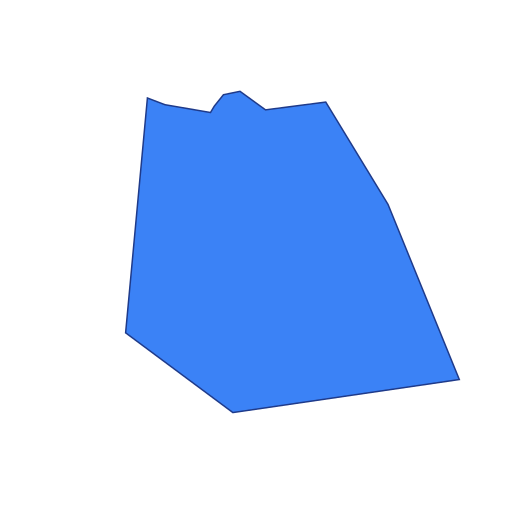 an SVG outline of Iloilo, rotated 250°
{"feature_id": "PHL-5526", "entity_name": "Iloilo", "entity_type": "Highly Urbanized City", "adm_level": 1, "iso_a3": "PHL", "parent_name": "Philippines", "parent_adm1": "", "projection": "albers", "projection_center": [122.575, 10.743], "detail": "fine", "context": "isolated", "style": "filled", "palette": "blue", "viewbox_px": 512, "rotation_deg": 250, "n_neighbors": 0, "source": "natural_earth", "source_scale": "10m", "svg_char_len": 326}
<svg xmlns="http://www.w3.org/2000/svg" viewBox="0 0 512 512"><g transform="rotate(250 256 256)"><path d="M441.6,208.0L429.3,222.2L406.4,262.3L411.1,268.1L418.7,280.6L416.2,297.3L390.1,314.9L376.8,374.2L259.3,397.7L70.4,404.8L116.8,180.7L228.4,107.2L441.6,208.0Z" fill="#3b82f6" stroke="#1e3a8a" stroke-width="1.5"/></g></svg>